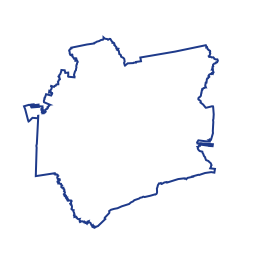 the district of Fagetelu, Olt, Romania, rotated 171°
{"feature_id": "2599482B40628155009559", "entity_name": "Fagetelu", "entity_type": "district", "adm_level": 2, "iso_a3": "ROU", "parent_name": "Romania", "parent_adm1": "Olt", "projection": "equal_earth", "projection_center": [24.54, 44.785], "detail": "fine", "context": "isolated", "style": "outline", "palette": "blue", "viewbox_px": 256, "rotation_deg": 171, "n_neighbors": 0, "source": "geoboundaries", "source_scale": "gbopen_adm2", "svg_char_len": 5813}
<svg xmlns="http://www.w3.org/2000/svg" viewBox="0 0 256 256"><g transform="rotate(171 128 128)"><path d="M227.3,165.7L226.6,162.5L225.5,151.4L225.2,150.0L224.6,150.2L220.8,153.0L215.4,151.7L214.9,154.1L214.7,154.1L220.5,126.7L221.3,124.7L221.3,122.9L221.7,120.9L226.6,94.9L207.9,94.8L208.1,94.4L207.2,94.2L207.1,93.4L205.8,93.4L204.9,92.8L205.1,92.0L204.5,91.5L205.1,91.0L205.6,90.4L205.5,89.0L205.2,88.3L204.5,88.5L203.5,88.1L203.5,87.2L203.9,87.0L204.9,87.3L204.9,86.8L205.9,86.3L206.1,85.9L205.8,85.3L204.8,85.0L205.4,84.1L202.9,83.3L202.9,82.5L202.1,81.6L202.9,80.9L203.1,80.1L202.3,79.2L201.2,79.1L201.3,78.0L200.6,77.5L200.5,76.4L201.1,75.6L200.4,74.6L200.4,74.1L200.9,73.2L201.5,72.8L200.9,72.2L201.5,72.0L201.4,71.1L201.2,70.7L199.9,70.5L200.2,69.3L198.9,69.0L199.0,68.7L199.9,68.1L199.6,67.5L198.8,67.5L198.5,67.3L198.5,66.7L199.1,66.0L199.0,65.7L198.5,65.5L197.6,65.9L196.7,65.4L195.7,65.4L195.4,65.2L195.5,64.8L195.2,64.5L195.8,63.8L196.0,62.6L196.9,62.3L196.6,61.3L195.9,61.2L195.6,59.5L196.0,57.5L196.5,57.0L196.5,56.7L195.7,55.8L194.6,55.3L194.9,54.9L195.0,54.2L194.5,52.7L194.6,51.7L194.3,51.2L195.1,50.3L195.1,49.9L194.3,49.4L194.7,48.5L193.2,48.6L192.6,47.7L192.8,47.3L192.4,47.0L192.1,46.3L191.2,45.7L190.1,45.7L190.5,45.2L189.7,43.7L190.3,43.0L190.1,42.6L188.6,43.1L187.4,42.9L186.9,42.4L185.7,42.5L185.4,42.1L185.6,41.6L184.8,41.5L184.8,40.8L184.1,40.8L183.5,39.9L183.0,40.6L182.6,41.9L181.6,42.1L181.9,41.6L182.1,40.7L181.2,41.2L179.9,40.1L179.2,37.5L178.9,36.9L178.6,36.8L177.8,37.5L177.6,36.8L175.9,35.7L175.8,35.3L176.0,35.2L176.9,35.8L177.8,35.4L176.7,34.7L174.4,35.6L173.1,35.8L164.7,41.6L165.2,42.2L165.0,43.0L159.9,46.9L159.6,47.6L159.6,48.9L157.6,49.9L154.3,50.3L150.9,50.4L146.5,51.6L138.7,52.8L136.9,54.0L134.3,54.8L133.1,55.7L128.0,56.6L126.9,57.2L124.9,57.3L124.0,57.7L123.3,57.7L122.4,57.2L116.6,57.6L111.9,58.2L111.6,58.0L110.3,58.4L109.7,59.1L109.3,60.2L108.9,63.8L108.2,64.9L107.4,66.9L106.0,68.4L105.7,68.2L104.1,68.5L103.7,67.5L103.3,67.5L100.7,68.5L98.2,68.6L98.0,68.0L86.4,69.7L80.5,69.5L80.2,69.1L79.5,69.3L78.4,68.3L77.1,69.4L71.7,69.7L71.9,70.1L65.8,70.8L65.1,70.5L58.9,71.5L52.6,71.4L49.7,70.4L48.5,74.0L53.1,75.3L52.1,76.7L52.0,77.4L51.3,78.2L51.8,80.3L53.1,81.8L53.7,82.8L55.9,84.1L56.4,86.1L56.4,87.0L57.4,88.6L57.6,90.2L58.2,91.7L58.3,93.0L60.7,94.0L61.6,95.0L62.3,96.7L62.0,97.7L62.3,98.5L61.2,98.5L60.6,99.6L59.7,99.3L59.5,100.2L57.5,99.8L51.2,97.9L51.1,97.7L47.3,96.8L46.7,98.7L56.9,101.1L58.4,101.6L61.8,101.8L62.0,103.0L60.4,104.8L54.0,102.9L49.3,101.8L49.0,102.6L49.8,103.4L49.4,103.4L49.1,104.0L47.8,103.5L44.9,109.6L44.7,111.7L42.8,120.6L42.7,122.6L42.2,123.6L41.2,128.1L40.6,135.5L40.7,136.1L41.7,136.3L47.3,135.8L48.1,135.9L50.1,139.4L52.4,141.8L52.0,142.3L52.1,143.4L53.8,145.0L54.0,145.3L53.8,146.4L53.3,147.0L52.2,147.4L51.0,148.4L50.4,150.4L50.0,151.0L50.0,151.6L49.6,152.1L49.5,153.0L48.6,154.0L48.8,154.7L48.4,155.1L47.5,155.2L47.0,155.6L46.1,155.6L45.2,156.1L44.8,156.0L45.1,157.0L44.9,157.2L45.1,157.9L44.3,160.1L43.6,160.4L43.9,160.9L43.1,161.5L42.5,163.8L41.9,164.6L41.2,164.6L40.6,165.3L39.7,165.8L39.7,166.1L40.4,166.8L39.8,167.6L39.4,168.0L37.0,168.8L36.7,168.8L36.7,168.3L36.2,168.4L35.8,168.1L35.5,168.6L35.8,169.3L35.2,169.3L34.8,169.6L35.2,171.8L35.0,172.5L36.0,172.6L35.0,174.2L35.1,174.9L34.2,175.4L34.3,176.5L34.0,177.3L32.6,178.2L31.3,178.2L30.8,179.0L29.8,179.0L29.8,179.3L29.0,179.9L28.7,180.5L29.0,181.8L30.5,182.0L31.9,182.8L32.1,183.6L32.7,184.5L34.3,184.6L35.1,185.3L36.7,185.5L37.0,186.3L36.3,186.6L35.1,188.6L35.4,189.7L34.9,190.3L34.9,191.4L35.9,192.3L36.2,192.3L36.5,193.1L37.0,193.5L37.3,195.5L38.1,195.4L37.9,196.5L38.2,197.6L69.6,196.1L104.8,195.7L104.7,191.9L109.8,192.0L109.9,191.4L112.1,191.6L112.6,191.3L118.2,191.9L121.2,190.1L121.4,190.5L121.7,192.9L120.9,194.2L120.9,196.8L121.6,198.0L123.6,199.4L123.7,199.8L123.6,201.0L124.2,201.8L125.0,202.3L125.0,205.4L125.3,206.0L126.5,206.9L126.2,207.2L125.3,207.5L125.1,207.8L127.1,208.5L126.9,209.8L127.8,210.9L127.8,211.6L128.6,212.1L128.3,213.5L128.4,214.0L128.8,214.3L130.0,214.5L129.8,215.4L130.4,216.0L131.5,218.7L132.3,218.9L133.9,218.3L134.4,219.0L136.8,219.8L138.0,221.3L138.2,220.0L139.0,219.1L140.7,219.2L142.9,218.4L145.5,218.1L146.9,217.4L147.9,217.4L148.2,216.8L155.5,216.9L171.4,216.2L171.4,215.5L172.3,215.4L172.7,214.7L173.3,214.6L174.0,213.8L174.0,213.3L173.7,212.2L173.9,210.7L173.6,209.4L171.6,209.2L171.5,208.8L172.1,208.4L171.7,208.2L171.8,207.7L171.6,207.1L170.9,206.2L170.6,205.0L168.6,205.1L168.2,204.9L168.2,203.7L169.4,203.6L169.5,202.6L167.7,202.5L167.3,201.1L168.2,200.0L168.6,198.7L169.1,198.3L169.5,196.7L169.4,196.1L170.2,194.2L170.3,193.4L171.5,192.2L173.1,188.8L172.7,187.1L172.9,186.4L178.9,188.0L179.1,188.5L178.6,190.3L178.4,192.1L181.3,192.2L181.5,194.9L184.7,195.7L185.3,194.0L186.5,191.8L187.5,191.1L187.7,190.4L188.6,189.8L188.4,189.2L187.8,188.8L188.0,187.6L187.6,187.1L187.6,186.8L189.0,186.0L189.4,185.1L190.0,184.5L189.8,183.3L190.0,182.1L191.9,182.2L192.9,181.0L193.8,181.1L194.7,180.2L197.3,181.6L197.5,181.2L196.8,180.5L197.4,178.7L198.8,177.2L198.7,176.5L199.9,177.1L200.4,175.4L199.1,175.2L198.7,174.7L197.5,174.4L197.5,173.8L198.8,172.1L203.6,174.2L205.1,171.3L205.6,171.1L206.0,170.1L205.8,169.8L206.6,168.6L206.9,167.7L206.9,166.6L201.5,163.2L202.0,163.2L202.2,162.6L202.7,162.6L202.9,161.9L203.6,161.5L203.8,160.8L204.3,161.0L204.8,159.6L206.0,159.4L207.1,158.7L206.7,157.1L207.2,156.5L208.6,157.3L208.8,157.1L208.5,156.1L208.8,155.7L210.2,155.9L209.9,156.9L210.6,157.1L210.5,157.5L210.0,158.7L209.2,158.5L209.2,159.2L210.7,159.6L210.5,160.4L209.4,160.2L209.1,161.5L209.4,161.8L209.1,162.7L212.5,163.4L212.6,162.8L220.1,163.4L220.4,164.2L220.3,164.9L212.8,164.4L212.7,165.1L218.1,165.3L217.2,165.9L216.5,166.1L220.1,166.3L221.5,166.0L222.1,166.4L227.3,165.7Z" fill="none" stroke="#1e3a8a" stroke-width="2"/></g></svg>